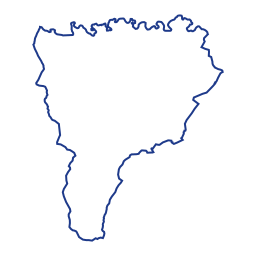 the district of Almas, Arad, Romania
{"feature_id": "2599482B18318640394861", "entity_name": "Almas", "entity_type": "district", "adm_level": 2, "iso_a3": "ROU", "parent_name": "Romania", "parent_adm1": "Arad", "projection": "mercator", "projection_center": [22.225, 46.251], "detail": "fine", "context": "isolated", "style": "outline", "palette": "blue", "viewbox_px": 256, "rotation_deg": 0, "n_neighbors": 0, "source": "geoboundaries", "source_scale": "gbopen_adm2", "svg_char_len": 5562}
<svg xmlns="http://www.w3.org/2000/svg" viewBox="0 0 256 256"><path d="M102.9,238.1L104.0,235.4L104.4,233.5L104.1,231.9L102.7,230.9L102.0,229.7L102.7,227.7L103.0,225.6L102.8,224.7L103.0,223.5L103.6,222.4L103.9,221.2L103.5,220.2L104.0,218.4L103.7,217.8L104.8,214.6L105.6,213.6L106.1,211.9L106.3,210.8L106.7,209.2L106.7,207.6L107.4,205.5L109.2,203.4L109.9,199.7L111.8,196.6L115.3,192.1L116.6,188.4L118.6,185.2L120.8,182.8L122.1,180.7L119.1,178.6L118.1,174.6L118.9,169.3L120.0,167.1L122.5,164.5L123.8,161.2L125.4,159.7L129.6,157.1L130.0,155.4L131.5,154.4L136.6,154.2L138.7,153.8L139.3,152.7L141.5,150.5L142.2,150.4L146.0,150.7L146.8,151.5L147.3,152.7L152.5,152.5L153.4,152.2L151.4,148.8L151.6,148.4L152.2,148.4L152.6,148.9L155.9,144.3L158.3,144.8L159.6,144.8L162.9,142.4L168.1,140.4L168.9,140.4L171.4,140.7L171.6,142.1L172.4,142.3L172.3,142.9L173.9,143.9L177.1,142.6L182.7,139.9L181.3,138.2L181.9,137.8L183.8,133.7L183.6,132.2L184.3,131.6L184.4,130.7L185.4,130.6L185.7,129.7L184.9,123.8L186.6,120.1L191.8,113.2L194.7,108.7L198.5,103.9L193.2,99.9L193.9,97.5L202.6,93.8L206.6,92.6L212.9,86.1L215.0,83.7L214.6,83.4L215.2,82.4L215.5,82.6L216.6,81.1L218.1,77.7L220.4,73.4L221.9,72.3L222.6,72.1L222.5,71.0L222.1,70.4L220.6,69.7L218.2,69.1L214.7,67.4L214.6,66.9L213.4,65.6L212.8,64.5L212.5,63.3L212.4,61.6L211.2,57.0L208.8,55.9L209.0,51.7L208.8,49.9L205.3,48.9L201.5,47.2L204.7,41.5L204.0,40.1L203.9,39.3L204.1,38.1L207.9,34.2L207.6,33.7L207.3,32.2L206.3,31.0L204.6,29.8L202.9,29.2L201.7,29.2L199.3,26.5L198.6,26.3L198.0,26.3L196.5,27.3L195.7,28.3L194.8,30.1L193.0,31.2L192.1,31.2L191.5,30.7L191.0,30.6L188.9,31.2L187.8,30.7L186.9,28.9L186.9,28.2L187.3,27.7L188.1,27.2L189.2,26.1L190.0,24.6L191.3,24.5L192.1,24.1L192.3,23.7L192.2,22.9L191.3,22.1L191.0,21.4L190.9,20.7L189.6,19.5L187.7,19.6L186.7,19.1L186.3,18.8L184.7,18.1L184.1,18.2L183.3,19.4L183.0,19.6L182.5,19.4L182.1,18.8L182.0,16.8L181.6,15.7L180.0,15.4L178.3,15.6L177.6,15.9L176.9,17.0L175.6,17.6L175.1,18.6L174.2,19.6L172.5,20.1L170.7,21.0L169.2,22.4L168.1,24.2L168.0,25.2L168.8,26.7L169.9,27.9L170.9,28.8L171.3,29.4L171.0,30.4L170.6,30.7L169.9,30.8L165.7,30.8L164.7,30.6L164.2,30.3L163.7,29.2L164.0,27.6L164.1,26.1L163.8,25.1L162.1,22.7L161.3,22.0L159.3,21.7L158.1,21.7L157.3,22.3L156.5,23.8L156.7,24.6L158.3,26.0L158.6,26.5L158.6,27.4L158.3,27.7L156.9,28.5L156.2,28.5L155.4,27.8L155.3,27.6L155.4,27.3L155.1,26.6L154.5,26.2L153.7,26.2L152.1,27.0L150.8,28.1L149.8,29.2L147.9,29.6L147.4,29.5L147.1,29.2L146.1,28.0L145.4,26.5L145.4,25.1L145.6,24.0L145.6,22.9L144.1,22.1L142.0,22.3L141.2,22.6L139.5,23.7L138.6,25.0L138.6,26.3L138.1,27.6L137.2,28.6L135.6,28.9L133.0,26.7L132.9,26.2L133.3,24.3L133.0,23.9L132.2,23.8L131.8,23.3L131.9,23.0L132.7,22.9L133.3,23.3L135.1,23.0L135.2,21.5L134.9,20.7L133.5,20.4L132.8,20.7L132.6,20.5L132.4,19.7L132.0,19.0L130.9,18.9L130.6,19.0L130.5,19.3L130.4,20.5L129.5,22.1L128.1,22.9L127.4,22.9L126.7,22.6L125.5,21.4L124.5,19.5L123.7,18.6L123.2,18.5L120.1,18.7L119.4,18.9L118.7,19.3L117.6,21.0L116.7,22.0L116.0,22.2L115.1,22.1L114.9,21.7L115.6,19.7L115.4,19.1L114.6,18.8L114.3,18.8L113.3,19.3L112.7,19.9L111.2,19.8L110.0,20.1L109.4,20.9L109.2,21.8L108.5,22.9L108.3,24.0L108.0,25.0L108.0,26.1L108.4,27.0L110.8,28.5L111.2,29.0L111.4,29.4L111.3,30.0L110.6,30.3L109.7,30.1L108.1,30.6L107.0,30.6L106.8,29.7L107.0,28.0L106.5,27.2L105.6,26.2L105.8,25.2L105.6,24.3L105.3,23.6L104.4,23.7L103.9,24.0L103.8,24.4L101.8,24.7L101.8,24.9L101.6,25.2L100.3,24.9L98.7,25.4L97.5,25.2L96.7,24.1L96.2,23.7L94.8,24.1L94.2,24.6L93.4,24.5L92.5,24.7L91.9,25.3L91.7,25.8L91.6,26.2L91.7,26.6L92.6,27.6L92.6,27.8L91.3,28.8L91.3,29.7L91.4,30.0L92.0,30.3L93.0,30.2L93.2,29.8L93.2,29.2L93.5,28.9L93.8,28.9L94.4,29.3L94.5,29.7L95.8,31.0L96.1,31.5L96.2,31.8L96.1,32.3L95.8,32.8L94.6,33.4L94.3,34.0L94.3,34.9L93.8,35.6L93.3,35.8L92.0,35.4L90.0,33.6L89.3,33.6L87.7,32.7L86.9,32.0L86.2,30.7L86.0,29.9L85.4,29.1L84.3,28.2L83.4,27.7L82.7,26.3L81.9,25.6L80.5,25.4L79.5,26.1L78.7,27.6L78.3,28.0L77.2,28.2L75.0,27.0L74.0,26.0L73.9,25.2L74.1,24.3L74.9,23.1L74.5,22.4L73.9,22.2L72.1,22.7L71.4,23.0L71.1,23.4L71.2,24.6L71.6,25.4L71.7,26.2L71.6,29.5L71.9,30.3L72.0,31.1L73.0,32.7L73.2,33.5L73.1,34.7L72.6,35.0L63.3,35.4L62.5,35.3L62.0,35.0L57.1,34.3L55.6,33.3L55.1,32.6L54.8,32.2L54.7,31.5L55.0,30.9L54.9,30.2L53.9,29.6L53.1,29.3L50.9,29.5L50.5,29.7L50.3,30.1L50.7,30.9L50.7,31.7L49.7,32.1L48.8,31.9L47.6,31.0L46.4,30.7L45.2,30.7L43.3,29.4L41.6,27.2L40.0,26.9L40.0,27.7L38.8,29.9L38.6,30.7L37.1,33.3L36.0,36.3L35.6,37.0L35.0,38.5L34.6,41.4L34.3,42.1L34.4,43.0L33.6,44.4L33.4,44.6L34.8,48.8L37.0,53.2L38.0,55.7L41.2,61.0L42.2,63.2L42.8,64.0L43.5,65.6L43.5,66.9L44.0,69.0L43.2,70.3L41.7,72.3L38.4,79.7L36.2,83.1L36.6,84.4L39.2,85.6L43.5,86.1L45.2,86.8L45.5,87.3L47.0,90.5L46.7,92.1L47.2,94.3L47.5,94.9L46.5,96.2L46.3,97.5L45.9,98.1L45.1,98.6L44.7,99.5L44.7,101.1L45.1,102.3L46.7,104.1L47.3,105.1L47.4,105.8L48.0,106.5L47.5,108.7L48.2,109.4L48.7,110.3L48.5,111.1L48.1,112.1L48.9,114.0L49.3,115.9L50.4,117.0L52.0,119.6L53.1,120.2L54.7,120.7L58.9,124.0L59.1,126.3L60.1,135.1L59.2,137.0L57.1,142.2L57.2,143.9L60.7,144.4L65.4,147.1L67.2,149.6L69.9,150.0L72.3,151.5L74.2,152.8L75.4,155.7L73.1,157.6L72.6,160.6L70.2,163.2L68.8,166.2L70.0,167.5L70.2,169.2L68.1,172.0L66.1,175.7L66.4,180.5L67.2,183.6L63.9,188.9L62.8,192.2L63.8,196.2L66.1,202.0L70.0,209.0L70.4,211.4L68.7,214.3L68.7,216.3L69.8,219.9L69.9,223.2L69.4,227.0L70.9,228.9L72.7,230.3L74.0,230.5L75.9,231.2L76.7,232.1L79.1,237.1L82.9,239.6L86.1,240.1L88.6,240.1L92.1,240.6L95.6,238.3L97.5,239.0L98.6,238.2L100.7,237.6L102.9,238.1Z" fill="none" stroke="#1e3a8a" stroke-width="2"/></svg>